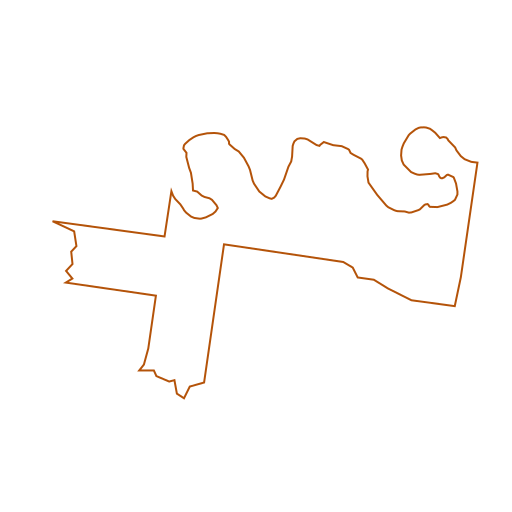 the district of Issaquena, Mississippi, United States of America, rotated 98°
{"feature_id": "52423323B37261590367764", "entity_name": "Issaquena", "entity_type": "district", "adm_level": 2, "iso_a3": "USA", "parent_name": "United States of America", "parent_adm1": "Mississippi", "projection": "robinson", "projection_center": [-91.074, 32.711], "detail": "fine", "context": "isolated", "style": "outline", "palette": "amber", "viewbox_px": 512, "rotation_deg": 98, "n_neighbors": 0, "source": "geoboundaries", "source_scale": "gbopen_adm2", "svg_char_len": 2399}
<svg xmlns="http://www.w3.org/2000/svg" viewBox="0 0 512 512"><g transform="rotate(98 256 256)"><path d="M278.0,52.2L248.5,50.2L132.7,49.7L132.8,54.7L132.8,56.0L131.1,62.9L128.6,67.1L123.5,72.2L120.8,73.9L114.7,81.7L113.5,82.5L112.2,84.2L112.1,86.8L112.6,88.4L113.6,90.3L109.0,95.7L107.1,98.9L105.8,101.4L105.1,105.4L105.2,107.5L105.8,111.0L106.5,112.8L108.5,115.7L113.4,120.4L115.1,121.6L123.8,125.3L127.4,126.2L130.4,126.7L136.3,126.3L141.1,124.9L144.9,122.5L151.3,114.1L152.4,110.3L152.9,107.7L152.9,105.6L150.4,94.5L149.1,90.0L149.5,87.4L149.8,86.8L151.7,85.6L152.9,84.4L153.2,83.4L153.1,82.4L151.9,80.5L149.3,78.4L148.7,77.2L150.4,71.5L151.1,70.9L156.4,68.0L164.1,65.5L167.1,65.1L172.7,66.8L174.2,68.2L176.2,70.4L178.5,73.8L182.3,83.1L183.1,90.6L182.2,91.8L181.4,92.3L180.7,93.3L181.4,95.5L182.2,96.5L187.0,100.2L187.9,101.5L191.2,108.1L191.8,110.6L191.2,114.9L191.9,121.9L191.8,123.5L191.4,125.5L189.3,131.8L187.9,134.0L178.6,144.5L167.7,154.8L161.6,156.7L156.7,157.3L154.8,157.1L149.1,161.3L145.8,164.2L145.0,165.5L142.2,173.5L140.8,176.7L137.9,178.6L137.3,179.7L135.3,186.4L135.5,195.0L133.7,204.7L137.1,208.0L138.1,208.5L137.7,211.5L133.4,221.1L132.9,224.0L133.2,228.5L134.3,231.4L137.1,233.9L139.5,234.6L141.9,235.0L152.6,234.1L157.5,234.3L163.0,236.3L176.4,238.9L184.1,241.4L193.6,244.8L195.7,246.2L197.2,248.4L197.0,250.5L195.7,255.1L191.7,261.7L184.7,268.0L181.8,269.8L171.6,273.9L168.3,275.8L160.4,281.6L154.9,287.6L153.0,292.0L149.2,297.7L148.6,298.3L146.6,298.6L145.3,299.5L142.2,302.2L140.8,304.0L140.5,304.5L139.9,308.3L139.8,311.0L140.0,314.5L141.3,321.5L144.2,329.6L145.5,332.1L147.1,334.4L150.5,338.2L154.8,341.8L156.4,342.7L159.4,342.9L160.1,342.7L163.5,339.2L167.6,338.8L178.0,334.5L182.7,332.0L193.2,328.8L199.9,327.5L200.4,323.2L203.7,318.2L204.7,315.2L205.3,310.1L206.5,307.4L211.2,302.2L213.8,300.5L217.6,302.3L220.4,304.7L224.7,311.0L226.6,315.4L226.9,317.0L226.9,322.4L226.0,325.8L222.8,331.2L220.7,333.6L219.3,334.6L215.4,338.1L210.8,343.9L207.8,346.5L203.6,348.8L249.4,349.3L249.9,462.3L256.9,439.5L271.2,435.2L277.4,439.6L289.5,436.6L297.2,442.0L303.9,434.7L308.8,440.6L309.2,349.6L362.6,349.8L379.1,351.9L385.6,355.7L383.6,341.2L388.8,337.9L392.4,324.5L390.3,319.5L403.3,315.2L406.9,307.5L394.5,303.4L388.5,289.8L248.9,289.3L249.8,168.7L254.0,158.6L263.1,152.3L263.1,136.0L269.8,120.8L278.2,95.9L278.0,52.2Z" fill="none" stroke="#b45309" stroke-width="2"/></g></svg>